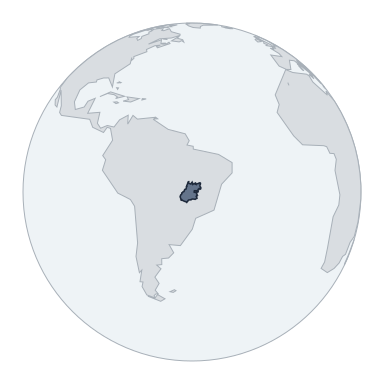 Goiás highlighted on a globe, orthographic projection
{"feature_id": "BRA-1294", "entity_name": "Goiás", "entity_type": "State", "adm_level": 1, "iso_a3": "BRA", "parent_name": "Brazil", "parent_adm1": "", "projection": "orthographic", "projection_center": [-49.017, -15.943], "detail": "fine", "context": "on_globe", "style": "filled", "palette": "slate", "viewbox_px": 384, "rotation_deg": 0, "n_neighbors": 0, "source": "natural_earth", "source_scale": "10m", "svg_char_len": 8901}
<svg xmlns="http://www.w3.org/2000/svg" viewBox="0 0 384 384"><circle cx="192" cy="192" r="169" fill="#eef3f6" stroke="#a8b0b8"/><path d="M152.1,27.8L150.9,28.1L153.4,27.5L151.4,28.1L157.4,26.6L159.2,26.4L156.8,27.1L151.8,28.2L133.7,34.1L129.7,36.1L129.1,37.3L139.1,36.5L136.8,38.5L137.6,40.4L141.3,38.5L141.9,36.4L148.9,33.8L148.9,32.1L151.7,31.0L153.8,29.3L159.2,28.5L163.3,28.8L161.8,30.4L163.6,30.7L169.6,28.7L171.3,31.7L180.1,34.2L180.0,35.4L171.4,38.0L159.7,38.8L148.5,44.1L161.5,39.8L160.9,43.7L163.2,44.2L166.5,43.8L169.0,42.2L170.0,43.6L157.5,47.8L156.5,46.6L160.4,45.1L154.9,45.7L146.5,49.5L146.9,51.7L133.8,56.6L133.9,58.4L131.1,60.8L131.8,57.5L130.2,63.8L114.9,73.8L112.4,87.0L108.7,77.9L103.5,78.0L97.0,79.9L96.4,82.0L88.5,82.9L79.9,89.9L74.4,101.8L75.3,109.5L84.2,107.0L88.0,101.2L95.2,98.3L87.7,113.3L99.9,112.3L97.4,123.3L100.6,128.2L107.3,125.5L114.0,127.0L119.6,119.8L128.2,115.2L127.7,124.1L133.0,115.4L137.4,119.1L155.0,117.3L153.5,119.5L168.2,129.4L185.2,133.8L189.2,140.7L187.0,145.0L193.2,146.3L193.3,149.1L218.5,154.4L232.1,162.6L232.1,172.9L221.6,184.2L214.0,210.1L195.7,218.3L192.3,229.2L180.4,245.6L169.1,244.6L173.7,252.8L168.6,258.0L161.7,258.7L161.8,264.6L156.7,265.1L161.0,268.8L154.9,277.1L159.1,283.4L155.2,290.2L158.2,293.8L155.9,293.9L154.1,295.6L154.7,297.8L146.8,294.9L142.1,286.6L143.0,282.0L140.0,281.7L141.8,270.1L139.4,272.7L136.0,256.5L137.6,242.9L134.6,206.2L130.4,199.5L117.8,193.1L102.4,170.3L105.7,159.7L102.7,155.6L112.6,140.2L110.5,128.4L107.2,127.3L103.5,132.5L92.7,127.3L89.7,119.3L61.4,115.4L59.6,112.5L61.3,105.8L61.1,90.2L56.9,107.0L55.1,105.0L55.3,99.7L57.4,97.2L60.4,89.0L60.0,87.7L67.3,78.0L69.3,75.8L78.0,67.3L87.2,59.5L97.0,52.3L107.2,45.8L117.9,40.1L129.0,35.2L140.4,31.1L152.1,27.8ZM110.6,91.9L124.6,96.3L115.6,98.5L117.5,97.0L114.2,94.7L107.6,93.5L99.9,96.6L110.6,91.9ZM119.2,82.9L116.7,82.9L119.3,82.4L119.2,82.9ZM150.8,29.9L152.2,29.6L151.1,30.1L150.8,29.9ZM150.2,29.6L147.8,30.4L147.2,30.4L148.7,29.9L150.2,29.6ZM153.4,28.7L146.4,30.3L145.4,30.3L150.3,28.6L153.4,28.7ZM160.7,301.3L147.8,296.2L154.7,298.3L157.6,294.6L165.0,298.8L160.7,301.3ZM170.0,291.7L174.4,289.7L176.0,290.7L173.3,292.4L170.0,291.7ZM324.4,87.0L323.9,86.4L318.1,79.6L318.0,79.4L324.4,87.0ZM315.9,77.1L314.4,75.9L320.0,82.0L321.0,83.7L311.9,74.0L309.4,71.2L296.3,60.5L298.8,63.1L311.3,73.6L309.4,72.2L312.8,76.6L308.7,72.1L294.3,60.8L289.4,60.2L290.9,69.5L286.4,69.4L279.1,66.1L270.8,55.0L281.8,56.6L279.0,53.5L270.1,48.1L274.2,49.3L271.9,47.5L275.4,48.3L273.8,45.6L276.4,46.4L269.4,42.1L269.8,42.1L273.8,44.5L278.0,46.9L282.2,49.2L294.3,57.5L305.5,66.8L315.9,77.1ZM277.3,46.2L276.8,45.9L265.9,40.1L263.9,39.4L256.2,35.8L254.9,35.2L266.3,40.3L277.3,46.2ZM360.8,198.7L360.3,203.8L358.0,221.9L354.3,236.4L350.1,242.3L345.5,254.3L342.6,256.4L339.1,263.0L334.0,268.5L327.3,272.6L321.1,268.4L324.6,262.0L327.5,248.0L333.1,216.8L338.8,205.0L339.9,194.8L335.0,170.4L336.3,159.3L334.0,153.6L329.9,153.3L326.7,146.7L323.8,145.7L302.6,144.8L293.7,135.9L277.1,112.4L279.2,104.5L275.2,94.9L285.7,69.6L292.8,72.5L306.6,74.2L309.2,76.0L312.8,82.0L327.4,95.2L325.9,90.9L333.8,100.3L334.8,101.7L341.2,112.7L346.7,124.2L351.4,136.0L355.2,148.2L358.0,160.6L359.9,173.2L360.9,185.9L360.8,198.7ZM287.8,82.6L288.9,85.2L288.9,85.3L287.8,82.6ZM155.6,117.2L157.7,118.8L154.8,119.0L155.6,117.2ZM113.8,102.1L117.0,101.8L118.5,102.8L116.0,103.6L113.8,102.1ZM142.3,98.6L146.2,98.9L141.9,100.0L142.3,98.6ZM127.0,96.9L139.1,98.6L130.7,102.0L123.1,101.1L128.6,99.6L127.0,96.9ZM116.6,87.7L118.5,87.9L117.6,89.4L116.6,87.7ZM121.1,82.6L120.3,82.9L119.6,81.9L121.1,82.6ZM161.6,43.5L162.6,43.2L165.8,43.1L163.9,43.9L161.6,43.5ZM182.7,39.7L183.8,42.1L181.7,40.7L179.2,41.9L171.5,40.9L179.5,36.0L177.2,38.2L182.7,39.7ZM163.6,38.8L167.5,39.6L162.9,39.0L163.6,38.8ZM255.9,38.8L259.3,40.1L261.1,41.6L257.8,42.0L255.1,39.6L255.9,38.8ZM263.6,41.7L253.6,36.5L255.3,36.5L256.0,37.3L258.1,37.8L259.9,39.3L271.2,44.9L273.5,46.8L266.2,45.6L267.3,44.7L263.9,43.4L263.6,41.7ZM225.4,27.7L221.1,26.6L230.2,27.8L233.2,28.7L230.1,28.7L224.8,27.8L225.4,27.7ZM163.4,26.0L161.2,26.4L161.5,26.2L163.7,25.8L163.4,26.0ZM168.7,24.7L173.5,24.5L171.2,24.8L177.3,24.8L173.6,25.8L169.9,25.6L171.6,26.7L166.7,27.0L168.6,27.8L160.5,27.3L156.2,27.9L162.4,26.7L165.8,25.7L166.0,25.5L163.4,25.5L158.1,26.5L168.7,24.7ZM215.0,24.6L213.0,24.4L217.6,25.0L213.4,24.4L214.0,24.6L217.8,25.1L203.2,25.2L200.4,26.5L200.3,28.1L193.1,27.5L188.6,25.9L186.3,24.3L190.1,23.5L186.2,23.6L186.8,23.4L189.7,23.4L185.7,23.3L187.0,23.2L186.1,23.1L200.6,23.3L215.0,24.6ZM308.9,74.3L310.3,75.2L311.8,75.8L314.0,78.8L308.9,74.3ZM299.2,66.5L300.1,66.6L303.9,70.7L302.4,70.0L299.2,66.5ZM297.2,63.4L299.8,66.3L297.5,64.3L297.2,63.4ZM274.2,44.6L274.7,44.7L276.0,45.5L277.3,46.3L274.2,44.6ZM323.0,86.0L325.8,89.1L323.6,86.8L323.0,86.0ZM346.6,260.1L344.3,265.0L344.9,262.9L348.5,254.7L353.9,240.1L354.2,239.4L346.6,260.1Z" fill="#d9dde1" stroke="#a8b0b8" stroke-width="1"/><path d="M200.0,182.8L200.4,183.1L200.5,183.2L200.5,183.3L200.2,183.5L200.1,183.8L200.2,184.0L200.4,184.1L200.4,184.3L200.3,184.5L200.1,184.6L199.9,185.3L199.9,185.6L199.9,185.9L200.0,186.3L200.1,186.5L200.3,186.9L200.5,187.0L200.8,187.4L200.8,187.6L200.7,187.7L200.7,187.8L200.7,188.0L200.8,188.2L200.8,188.4L200.8,188.5L200.7,188.7L200.5,188.9L200.4,188.9L200.4,189.1L200.2,189.1L199.8,189.0L199.7,188.8L199.5,188.6L199.2,188.4L199.0,188.6L198.9,188.7L199.0,188.8L198.9,189.0L199.0,189.1L199.0,189.3L198.9,189.5L198.5,189.3L198.4,189.3L198.2,189.3L197.9,189.9L197.9,190.0L198.0,189.9L198.1,190.0L198.0,190.4L197.9,190.5L197.9,190.9L198.0,190.9L198.1,191.0L198.1,191.4L198.2,191.5L198.2,191.8L197.8,191.9L197.6,191.9L197.5,192.0L197.4,192.0L197.2,192.1L197.1,192.3L196.9,192.3L196.8,192.6L196.8,192.9L196.7,193.1L196.6,193.3L196.4,193.7L196.5,193.8L196.9,194.1L197.0,194.4L197.1,194.6L197.2,194.9L197.3,195.1L197.2,195.1L197.1,195.4L196.9,195.6L196.7,195.6L196.7,195.8L196.5,196.0L196.4,196.1L196.2,196.3L196.2,196.5L196.3,196.7L196.5,196.6L196.8,196.7L196.9,196.8L196.9,197.0L196.8,197.3L196.7,197.6L196.7,197.9L196.8,198.0L196.9,198.3L196.7,198.3L196.5,198.5L196.1,198.7L195.8,199.0L195.1,199.4L194.8,199.3L194.7,199.3L194.4,199.2L194.1,199.1L193.8,199.1L193.1,199.1L192.6,199.1L192.2,199.0L191.6,199.3L191.0,199.9L190.9,199.9L190.8,199.7L190.7,199.6L189.8,199.9L189.7,199.9L189.2,199.9L188.9,200.0L188.4,200.1L188.0,200.7L187.9,200.8L187.9,201.1L187.7,201.3L187.4,201.4L187.3,201.5L187.2,201.6L187.0,201.8L186.9,201.9L186.9,202.1L186.9,202.4L186.8,202.5L186.7,202.4L186.4,202.1L186.2,201.9L185.8,201.8L185.7,201.8L185.3,201.5L185.0,201.5L184.9,201.5L184.7,201.4L184.1,201.2L183.9,201.0L183.5,200.9L183.4,200.8L183.0,200.6L182.8,200.5L182.7,200.5L182.4,200.3L182.3,200.2L182.0,200.3L181.7,200.2L181.6,200.3L181.2,200.2L181.3,199.8L181.5,199.5L181.5,199.4L181.1,199.2L180.9,199.3L180.8,199.2L180.7,199.1L180.7,198.5L180.7,198.2L180.5,197.9L180.4,197.6L180.3,197.4L180.2,197.2L180.1,196.9L180.2,196.7L180.2,196.4L180.3,196.3L180.2,196.1L180.3,195.9L180.4,195.7L180.6,195.5L180.6,195.4L180.7,195.2L180.7,194.9L180.9,194.7L181.3,194.5L181.6,194.2L181.8,193.8L181.8,193.5L181.7,193.4L181.7,193.1L181.8,193.0L182.0,193.0L182.0,192.9L182.0,192.7L182.3,192.6L182.5,192.4L182.7,192.2L182.8,192.1L182.9,191.9L183.1,191.9L183.5,191.8L183.6,191.7L183.8,191.7L184.0,191.4L184.2,191.1L184.1,190.9L184.3,190.7L184.4,190.4L184.4,190.2L184.5,190.0L184.5,189.9L184.6,189.7L184.9,189.4L185.1,189.4L185.2,189.2L185.4,189.2L185.5,189.2L185.5,189.3L185.9,189.2L186.0,189.0L186.1,188.9L186.1,188.7L186.2,188.2L186.3,188.2L186.4,187.8L186.4,187.7L186.4,187.3L186.4,187.1L186.6,186.8L186.5,186.7L186.8,186.5L186.7,186.4L186.7,186.2L186.8,186.1L186.8,185.9L186.7,185.8L186.7,185.6L186.8,185.4L187.0,185.1L187.0,184.9L187.3,184.6L187.5,184.2L187.5,183.9L187.5,183.7L187.6,183.4L187.8,183.2L187.8,182.9L187.9,182.5L188.0,182.4L188.0,182.2L188.2,181.9L188.3,181.9L188.7,181.6L188.8,181.6L188.8,181.8L188.6,182.0L188.6,182.3L188.4,182.6L188.4,183.0L189.0,183.4L189.3,183.4L189.4,183.5L190.1,183.8L190.4,183.9L190.9,184.1L191.0,184.0L191.0,183.7L191.2,183.3L191.7,182.5L191.9,182.4L192.0,182.3L192.0,182.5L192.3,182.7L192.5,182.8L192.6,183.0L192.6,183.4L192.7,183.6L192.7,183.9L192.7,184.2L192.7,184.3L192.8,184.5L192.9,184.4L193.0,184.3L193.0,183.9L193.5,183.9L193.8,183.9L194.0,183.8L194.3,183.6L194.5,183.5L194.4,183.8L194.6,183.9L195.0,184.1L195.3,184.2L195.9,184.4L195.7,183.8L195.8,183.8L195.9,183.6L196.0,183.8L196.1,184.0L196.3,184.2L196.5,184.1L196.8,183.9L197.0,183.9L197.5,183.6L197.9,183.6L198.1,183.6L198.4,183.5L198.5,183.5L198.8,183.1L199.0,183.1L199.3,183.0L199.4,182.9L199.7,182.9L199.8,182.9L200.0,182.8L200.0,182.8ZM196.8,192.3L196.7,192.2L196.7,191.9L196.8,191.5L196.9,191.3L196.8,191.2L196.6,190.8L196.5,190.7L194.4,190.7L194.3,191.0L194.2,191.1L194.2,191.3L194.3,191.4L194.2,191.6L194.1,192.0L194.2,192.3L194.4,192.3L196.9,192.3L196.8,192.3Z" fill="#64748b" stroke="#1e293b" stroke-width="1.5"/></svg>